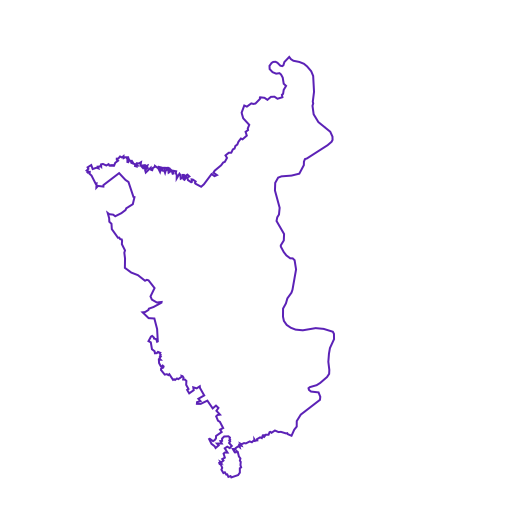 Brahamanbaria, Chittagong, Bangladesh, rotated 145°
{"feature_id": "16705992B2831557138260", "entity_name": "Brahamanbaria", "entity_type": "district", "adm_level": 2, "iso_a3": "BGD", "parent_name": "Bangladesh", "parent_adm1": "Chittagong", "projection": "orthographic", "projection_center": [91.088, 23.957], "detail": "fine", "context": "isolated", "style": "outline", "palette": "violet", "viewbox_px": 512, "rotation_deg": 145, "n_neighbors": 0, "source": "geoboundaries", "source_scale": "gbopen_adm2", "svg_char_len": 6142}
<svg xmlns="http://www.w3.org/2000/svg" viewBox="0 0 512 512"><g transform="rotate(145 256 256)"><path d="M394.6,234.3L393.0,233.3L391.3,233.7L390.2,232.0L390.8,232.0L390.7,229.8L392.1,229.0L391.7,228.3L393.9,227.5L393.6,225.7L395.1,226.7L396.8,223.9L397.2,220.4L396.4,219.5L395.3,219.8L395.0,218.6L396.0,217.8L398.2,218.3L399.2,217.1L398.8,211.2L396.8,210.3L396.1,208.7L394.8,208.9L395.0,202.1L393.8,202.0L393.4,200.9L391.0,201.0L390.3,199.7L386.0,199.7L385.7,200.5L385.1,199.7L385.1,198.0L386.5,196.6L385.1,195.5L384.7,193.6L387.1,190.5L387.6,185.8L389.2,185.8L389.5,181.8L384.0,181.8L382.7,184.4L380.5,181.6L376.8,181.5L377.6,180.0L378.4,171.5L385.1,172.1L384.7,169.0L388.1,170.1L389.2,168.8L386.1,166.6L378.8,165.4L378.9,156.0L374.6,156.4L373.9,153.1L377.2,151.9L376.5,146.7L378.7,147.8L380.6,147.5L381.6,142.9L380.7,140.9L381.6,133.9L385.0,134.4L385.1,131.5L391.9,131.5L393.5,129.5L395.5,128.9L397.4,129.0L398.7,132.8L399.4,132.9L400.2,127.7L399.0,123.8L399.2,121.9L395.2,122.3L395.5,124.7L391.6,122.0L391.3,124.8L389.8,124.0L388.5,125.9L385.6,126.4L382.0,124.1L381.5,122.2L382.6,121.3L382.6,120.3L383.7,120.1L383.5,119.0L385.3,118.3L384.8,114.3L387.7,113.7L388.9,116.3L391.9,116.4L392.1,111.3L394.3,112.9L395.9,112.7L397.2,108.7L400.1,109.0L400.0,107.1L402.7,106.9L403.1,107.7L403.2,106.7L403.7,107.8L404.8,107.7L405.1,106.4L404.4,105.3L405.2,101.8L406.9,100.8L407.2,96.9L405.6,96.7L405.7,94.0L404.8,93.6L405.3,90.9L403.1,90.3L403.2,88.8L396.3,86.8L393.5,87.8L391.0,91.4L389.4,91.4L388.7,93.6L386.6,96.1L386.6,97.6L384.9,99.1L385.0,101.6L383.3,106.0L383.7,107.2L385.2,106.7L386.0,107.3L385.7,111.2L384.9,110.7L385.2,109.8L383.8,109.2L382.9,110.3L379.5,110.3L379.0,108.6L378.1,110.8L376.7,108.9L376.4,111.2L375.8,110.1L373.1,109.6L371.8,108.3L367.5,107.7L366.2,105.8L364.1,106.1L363.4,105.4L362.5,106.8L362.6,105.2L360.7,104.2L360.2,105.4L356.7,105.1L355.7,103.5L353.3,105.2L352.6,104.8L353.6,103.8L353.2,103.1L350.5,104.0L348.2,102.4L345.9,103.9L345.0,103.6L344.7,102.3L340.6,102.2L338.6,98.9L336.5,97.7L333.2,93.5L332.0,92.9L332.2,91.9L330.0,88.4L324.3,91.8L320.5,92.9L317.3,97.4L310.3,100.4L286.1,101.5L284.1,103.8L283.0,108.4L288.7,113.4L289.4,116.0L288.8,117.6L287.1,117.7L280.4,115.4L276.3,115.2L267.3,116.1L263.7,117.5L261.3,120.6L257.4,127.9L252.2,134.2L248.2,138.2L239.8,143.1L236.8,147.5L236.5,149.9L242.4,157.5L248.5,162.7L260.3,168.3L265.8,173.0L268.6,177.2L270.4,181.9L270.4,186.8L268.7,190.8L264.0,197.4L258.7,200.0L254.6,203.3L248.0,205.6L245.4,207.5L230.9,222.0L226.8,230.4L227.3,233.0L229.3,234.5L230.8,239.1L231.0,243.3L230.3,249.4L229.6,250.5L224.3,252.8L220.4,257.9L219.1,272.9L216.4,275.5L213.4,276.8L209.0,281.9L202.9,298.8L198.3,304.9L192.9,307.5L189.4,306.6L180.8,301.5L173.3,298.6L164.7,303.0L162.6,305.8L160.3,307.3L158.4,306.7L133.8,305.7L128.6,306.2L126.7,307.2L124.9,309.9L123.9,315.2L128.1,329.9L127.5,339.0L123.6,346.6L121.6,348.2L121.0,349.8L114.3,357.2L105.9,370.7L104.8,375.7L105.4,382.0L106.5,386.0L109.2,390.1L113.4,394.5L114.5,397.2L114.6,400.0L121.5,398.6L124.2,396.5L125.6,396.5L126.9,397.9L127.6,402.0L128.6,403.9L130.6,405.1L132.5,405.2L135.9,404.0L137.6,401.3L137.0,397.1L134.9,393.8L131.9,392.3L131.4,390.3L131.8,386.8L134.5,381.2L133.8,378.1L138.0,376.2L140.8,373.3L142.3,373.2L143.3,370.9L148.2,372.5L149.5,375.9L152.5,377.8L157.1,377.4L158.3,380.7L162.2,384.2L161.7,382.9L162.3,382.5L169.0,381.2L171.0,382.1L172.3,383.7L177.8,383.6L179.3,386.0L185.5,381.7L186.1,380.3L187.5,376.1L186.3,367.3L189.6,365.2L190.3,363.7L193.3,363.7L194.5,359.9L200.1,359.3L201.0,360.9L204.8,359.7L207.4,358.0L209.7,358.0L212.0,356.3L213.8,356.6L217.0,354.8L219.1,356.2L223.3,355.9L223.5,353.0L227.5,351.0L229.3,351.4L232.5,350.3L240.9,349.6L243.1,348.7L241.6,344.7L244.2,345.2L245.4,348.6L257.6,344.6L261.2,344.2L264.1,349.9L264.1,350.9L262.7,351.6L263.9,354.8L264.8,355.7L266.0,353.5L266.8,353.6L268.2,357.2L267.3,359.7L265.0,359.4L265.5,362.0L267.0,362.1L268.6,360.3L270.9,359.4L271.3,360.3L268.7,362.5L268.5,363.7L269.6,364.5L271.1,362.3L273.3,362.5L271.5,365.8L271.5,367.3L276.5,365.0L274.6,367.6L274.1,370.0L272.8,371.2L274.8,373.2L276.3,370.9L277.1,371.2L276.1,374.6L276.5,376.3L278.1,374.4L279.8,374.4L278.5,376.9L276.8,377.6L277.4,378.7L279.0,379.6L279.5,377.7L281.1,377.7L282.8,376.3L282.3,378.2L280.3,380.7L283.1,382.5L283.9,381.6L283.2,380.5L283.7,379.7L284.9,381.2L286.4,379.9L285.9,383.1L283.4,383.5L284.7,385.0L286.0,384.4L287.1,387.8L287.9,387.0L289.8,387.3L291.8,385.8L292.5,386.7L291.5,388.7L298.4,387.6L297.5,390.1L294.2,390.4L294.1,391.6L293.0,392.4L294.7,392.8L295.9,391.1L297.8,392.7L297.3,393.6L295.6,393.4L295.0,394.2L297.5,395.5L298.3,394.1L298.6,396.5L296.4,398.8L298.9,399.0L300.5,400.4L301.6,399.7L301.2,398.0L302.1,398.6L302.5,397.8L303.5,399.1L302.2,400.4L303.3,401.7L303.1,405.9L304.3,403.2L304.7,403.8L304.0,405.9L304.9,406.6L304.7,407.6L305.5,407.7L305.4,406.9L306.8,406.1L307.4,406.8L305.8,409.0L305.7,410.2L304.4,409.5L304.1,410.2L306.5,411.9L308.2,412.1L307.2,413.8L309.3,413.6L310.3,415.5L312.9,414.8L314.2,415.6L314.8,414.8L314.4,413.2L317.8,413.1L320.0,411.7L321.7,412.9L321.6,412.1L324.2,414.0L324.1,415.8L326.7,416.0L328.6,419.2L330.3,419.9L331.5,418.1L331.6,419.1L332.3,418.7L334.3,419.9L334.8,418.1L336.0,419.8L339.9,420.9L338.8,425.0L343.1,425.2L343.3,423.5L345.7,423.1L344.7,421.2L346.0,421.2L345.9,420.6L344.1,420.1L345.2,418.8L344.6,416.3L345.9,407.1L345.0,406.9L347.6,403.5L345.2,404.0L341.2,400.4L340.3,401.6L320.6,402.4L319.3,393.2L318.0,389.8L322.5,374.7L321.8,373.9L327.2,369.1L334.9,369.5L336.5,368.5L341.7,368.3L348.5,369.3L349.3,371.8L352.2,374.4L352.8,376.3L354.6,371.2L356.5,368.2L355.9,365.3L358.7,360.7L358.6,350.1L357.5,349.5L357.6,347.7L356.5,346.6L356.9,345.4L359.1,342.6L360.1,335.7L362.0,334.2L364.7,329.1L370.2,321.5L367.7,314.0L363.7,308.0L361.1,299.4L359.1,299.1L358.0,297.7L357.5,287.9L365.6,283.4L366.3,280.0L363.9,274.8L359.7,272.5L360.2,272.0L369.2,273.0L374.0,274.3L375.1,273.5L379.0,273.7L381.2,274.9L379.6,266.7L375.1,263.1L378.9,252.9L385.4,242.4L386.2,242.5L385.4,245.1L386.9,246.9L386.4,247.8L386.9,250.1L388.3,250.2L392.9,247.9L391.7,245.6L394.7,239.3L393.7,236.1L394.6,234.3Z" fill="none" stroke="#5b21b6" stroke-width="2"/></g></svg>